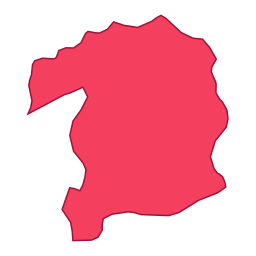 Bingöl, Albers equal-area conic projection
{"feature_id": "TUR-2308", "entity_name": "Bingöl", "entity_type": "Province", "adm_level": 1, "iso_a3": "TUR", "parent_name": "Turkey", "parent_adm1": "", "projection": "albers", "projection_center": [40.639, 39.029], "detail": "fine", "context": "isolated", "style": "filled", "palette": "rose", "viewbox_px": 256, "rotation_deg": 0, "n_neighbors": 0, "source": "natural_earth", "source_scale": "10m", "svg_char_len": 1079}
<svg xmlns="http://www.w3.org/2000/svg" viewBox="0 0 256 256"><path d="M99.5,33.1L107.4,29.3L113.6,21.9L123.7,25.3L137.7,27.4L151.8,21.3L156.4,17.8L160.9,15.4L165.8,18.3L181.1,32.5L192.9,38.2L202.5,39.2L209.6,47.4L216.3,59.1L211.9,67.0L211.2,71.6L213.7,77.6L214.6,79.4L216.0,83.2L216.1,86.3L215.9,92.6L219.5,99.0L222.5,102.1L226.9,110.0L228.0,118.9L226.2,127.2L215.2,140.9L210.4,156.8L214.0,168.5L217.3,173.1L219.2,174.0L222.6,176.8L224.7,181.7L225.8,187.0L218.0,192.6L198.6,200.3L179.0,212.5L168.6,215.6L141.4,214.6L133.4,212.4L127.8,211.9L112.3,214.1L103.3,218.6L102.3,224.3L102.1,230.4L98.0,237.2L91.5,240.1L72.9,240.6L72.2,231.2L70.6,222.3L62.1,209.5L69.7,187.8L74.6,188.7L79.9,190.7L82.8,185.2L84.9,177.3L86.0,169.8L83.1,163.0L73.6,151.2L69.8,135.4L73.0,121.1L81.0,110.0L87.7,96.9L82.9,87.2L69.9,93.0L64.4,94.6L28.0,113.9L30.7,107.6L32.0,100.8L28.8,85.4L29.7,80.0L31.5,74.8L32.5,64.7L34.8,60.7L42.6,58.2L53.7,58.9L55.9,58.0L57.4,54.6L58.8,50.6L65.9,47.8L73.6,48.0L81.0,42.7L85.5,33.5L88.0,31.4L95.4,32.8L99.5,33.1Z" fill="#f43f5e" stroke="#9f1239" stroke-width="1.5"/></svg>